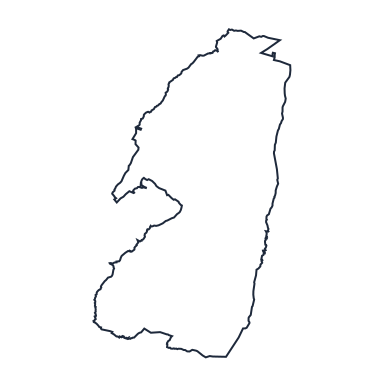 Cuca, Arges, Romania, rotated 3°
{"feature_id": "2599482B86773297924041", "entity_name": "Cuca", "entity_type": "district", "adm_level": 2, "iso_a3": "ROU", "parent_name": "Romania", "parent_adm1": "Arges", "projection": "equal_earth", "projection_center": [24.49, 44.95], "detail": "fine", "context": "isolated", "style": "outline", "palette": "slate", "viewbox_px": 384, "rotation_deg": 3, "n_neighbors": 0, "source": "geoboundaries", "source_scale": "gbopen_adm2", "svg_char_len": 6063}
<svg xmlns="http://www.w3.org/2000/svg" viewBox="0 0 384 384"><g transform="rotate(3 192 192)"><path d="M246.2,334.9L250.1,325.6L252.4,325.4L253.7,324.7L256.2,320.0L256.2,319.1L255.2,317.7L255.1,314.8L255.4,314.0L257.1,311.7L257.9,303.6L258.5,302.7L259.7,296.1L259.2,294.9L258.6,291.3L258.5,287.8L259.2,280.3L258.8,278.9L260.3,271.9L260.5,266.2L262.3,265.0L264.1,262.8L264.2,260.9L265.8,259.0L265.1,257.5L265.9,256.6L265.6,255.9L264.7,255.8L265.3,252.0L266.5,251.2L266.9,250.7L266.7,248.6L267.9,249.1L267.9,248.4L267.6,247.8L266.0,247.2L265.9,246.8L268.5,246.2L267.8,244.8L268.6,243.7L269.1,241.7L268.8,241.0L268.0,240.8L267.5,238.0L267.5,237.0L268.1,236.1L267.9,235.0L269.0,234.8L269.2,234.3L268.0,234.0L268.1,233.5L269.1,233.1L269.2,232.6L268.5,231.9L268.8,229.8L268.3,228.1L267.8,227.3L270.1,227.6L270.3,227.4L269.7,226.9L270.3,224.9L269.7,223.8L269.1,221.4L267.6,218.3L267.5,216.9L268.2,215.7L267.7,215.2L267.7,212.7L268.2,211.5L269.9,210.2L271.3,204.5L272.3,203.3L273.1,201.4L273.0,199.3L274.0,194.2L274.7,193.3L274.5,192.3L275.1,191.4L275.6,188.7L275.5,186.0L276.5,182.0L277.6,179.2L276.5,175.4L277.0,174.0L275.6,164.8L271.8,149.1L271.8,147.4L272.4,146.1L272.3,140.6L273.1,138.3L273.4,132.2L274.6,126.0L275.4,124.5L276.3,120.0L277.3,118.5L277.7,116.7L279.0,114.3L278.9,112.9L277.8,109.0L278.2,106.8L278.0,102.9L278.2,101.8L280.3,97.1L280.7,93.8L279.8,90.9L279.4,88.5L279.0,83.7L279.3,79.1L279.4,77.9L283.3,71.9L283.7,69.6L283.9,65.2L283.4,60.2L272.9,56.9L266.9,55.9L267.5,53.3L267.4,50.7L267.6,49.1L265.5,48.7L265.2,50.0L265.4,52.3L253.7,49.5L259.6,45.4L271.8,35.8L259.9,34.0L255.7,32.5L254.6,32.5L253.0,33.4L251.1,33.0L245.6,35.4L236.4,29.5L235.4,29.5L232.5,28.3L229.2,28.7L227.4,28.4L225.6,28.8L223.4,27.7L221.6,28.2L220.4,27.6L219.3,29.4L219.1,30.2L219.9,31.1L217.4,34.0L216.3,35.0L216.0,34.6L216.1,34.2L215.3,34.0L214.3,34.6L212.6,37.5L208.8,39.9L209.3,41.4L208.3,45.6L208.4,46.1L209.8,47.6L210.1,48.3L210.1,49.5L210.9,50.9L209.5,49.6L207.7,49.2L206.7,50.2L205.8,50.6L205.2,52.0L203.4,52.2L203.6,52.5L203.4,52.6L200.8,52.8L196.7,55.2L195.1,55.3L193.0,54.9L191.5,55.2L191.9,56.1L190.6,56.6L187.0,61.9L185.7,63.5L184.4,64.4L182.0,68.0L180.6,69.1L176.7,70.7L175.3,72.6L175.1,74.0L174.6,74.7L173.1,76.0L171.7,76.4L170.9,78.0L170.0,78.1L169.1,79.0L168.2,79.2L167.6,79.7L167.1,81.0L163.5,83.8L163.5,84.6L162.9,85.6L163.2,86.9L163.1,88.4L162.4,89.8L162.8,90.6L162.5,91.2L162.6,91.9L161.9,93.2L160.5,94.2L160.8,96.3L160.5,97.2L159.8,97.8L158.1,102.1L156.5,104.2L156.3,104.8L155.8,105.5L154.9,105.8L153.7,107.3L152.4,107.8L152.0,108.6L150.6,109.1L149.5,111.3L147.4,112.6L147.0,113.9L146.3,114.1L145.4,114.9L144.1,114.2L143.6,114.3L142.0,115.1L140.4,116.7L139.9,117.5L139.9,119.0L139.2,120.7L138.8,121.3L137.3,121.8L137.3,123.0L136.1,125.5L136.2,127.4L135.9,128.0L133.1,129.9L137.9,131.4L137.5,132.5L132.6,131.2L132.9,132.2L133.1,136.2L129.8,142.3L132.2,143.1L133.0,143.6L133.1,147.2L136.3,150.4L136.2,152.6L131.2,160.2L129.4,166.4L128.2,168.5L127.5,169.1L127.3,173.3L124.5,176.5L123.1,179.4L121.0,185.0L119.7,186.6L117.6,188.3L115.8,190.6L115.1,192.6L114.4,193.7L114.6,194.7L112.8,196.5L112.4,197.9L114.9,200.6L115.1,201.2L116.5,202.2L114.8,203.5L117.4,206.4L121.0,202.1L123.8,200.3L125.9,197.7L129.4,194.5L133.8,196.1L134.3,195.7L133.1,194.2L133.4,193.3L134.9,191.6L136.8,191.1L137.7,189.9L138.8,189.7L141.8,190.5L143.4,189.9L145.7,190.4L145.8,190.0L143.9,189.3L141.6,188.0L140.5,188.2L141.0,186.9L140.4,186.6L140.9,185.6L140.5,185.2L141.2,182.8L142.0,181.4L143.2,180.4L144.8,181.6L146.6,182.4L148.1,181.5L151.6,183.1L154.7,185.8L156.2,188.0L158.9,189.8L165.4,192.0L167.3,196.5L168.6,196.1L172.0,199.2L174.1,200.7L175.4,200.2L179.1,202.4L179.4,203.3L180.2,204.2L181.5,205.5L182.6,206.0L182.3,208.2L181.8,210.5L180.8,212.7L179.9,213.6L178.2,214.9L175.4,218.4L173.1,219.3L168.8,221.8L167.3,222.3L164.5,224.8L160.4,227.0L158.0,227.7L155.9,227.5L154.9,228.1L153.4,228.6L152.9,228.5L152.5,228.0L152.0,228.9L151.7,230.5L150.6,231.7L149.6,231.5L149.3,231.7L149.0,232.7L149.1,233.6L148.6,234.9L147.1,236.3L146.9,238.1L147.3,238.7L147.3,239.3L146.0,241.5L145.3,242.2L144.3,242.5L144.1,242.8L144.2,243.3L143.4,243.5L142.8,244.0L142.4,243.8L141.7,244.1L141.1,243.4L140.1,242.9L140.8,244.4L140.9,245.3L139.3,247.6L139.6,248.1L138.0,249.8L137.4,250.8L137.6,251.9L137.4,252.6L134.9,254.7L133.8,254.8L133.7,254.2L132.7,253.8L132.2,254.4L131.2,254.3L128.6,256.2L125.1,259.5L124.4,261.2L123.7,263.9L122.9,265.0L120.2,265.4L120.3,266.2L118.2,266.5L116.5,267.6L114.6,267.2L113.5,267.4L113.7,267.8L116.7,269.1L117.5,270.2L117.6,271.3L118.2,272.5L117.6,273.7L117.0,278.5L116.5,279.8L115.7,280.8L112.6,281.9L110.8,284.4L109.5,285.6L106.4,290.1L106.0,291.3L106.4,292.2L105.8,293.1L105.7,293.9L104.0,294.8L102.5,296.6L102.1,297.6L102.1,299.2L101.1,299.9L101.5,301.4L100.8,302.6L100.7,303.8L100.1,304.8L101.0,305.7L101.2,306.6L101.1,307.3L100.7,307.9L101.2,308.8L101.0,310.9L101.8,311.7L101.5,312.2L101.8,312.6L101.7,313.0L102.0,314.5L101.9,315.4L102.1,316.5L101.4,317.7L101.9,318.2L101.8,318.6L102.2,319.1L102.6,320.5L102.4,321.1L101.6,321.1L101.3,321.3L102.5,323.9L101.5,324.7L101.3,325.7L100.4,326.0L100.7,327.0L102.4,327.7L103.9,328.8L105.7,330.6L106.4,331.6L108.3,332.0L108.1,333.0L108.9,333.9L117.3,335.2L119.8,335.9L119.2,337.1L121.4,338.2L124.1,340.2L125.4,340.2L127.0,341.2L127.3,340.8L127.4,340.1L129.1,340.7L129.5,339.9L130.4,339.4L130.6,339.5L130.7,340.3L131.6,340.1L132.0,341.2L134.3,341.8L134.3,341.2L135.0,341.5L135.9,341.0L135.6,341.7L135.9,342.1L137.4,341.6L138.1,341.8L138.8,341.1L139.5,341.2L140.6,340.5L141.8,340.4L145.4,336.4L146.8,335.4L148.6,334.8L151.5,330.9L158.3,334.7L167.5,333.6L174.3,335.5L175.4,335.5L176.3,336.1L179.6,337.0L178.6,338.1L177.4,341.2L176.2,341.9L175.0,344.0L174.9,345.1L175.3,345.2L175.4,345.9L175.2,348.2L177.1,348.9L178.1,348.6L179.2,349.5L181.1,349.5L182.1,349.1L183.0,349.5L184.5,349.2L185.5,349.7L186.7,349.2L189.5,349.2L192.0,350.2L193.5,350.2L195.5,351.4L197.9,351.4L200.5,349.6L204.3,350.2L205.7,350.7L211.2,354.7L214.4,356.4L218.3,354.9L221.4,355.2L234.6,354.8L246.2,334.9Z" fill="none" stroke="#1e293b" stroke-width="2"/></g></svg>